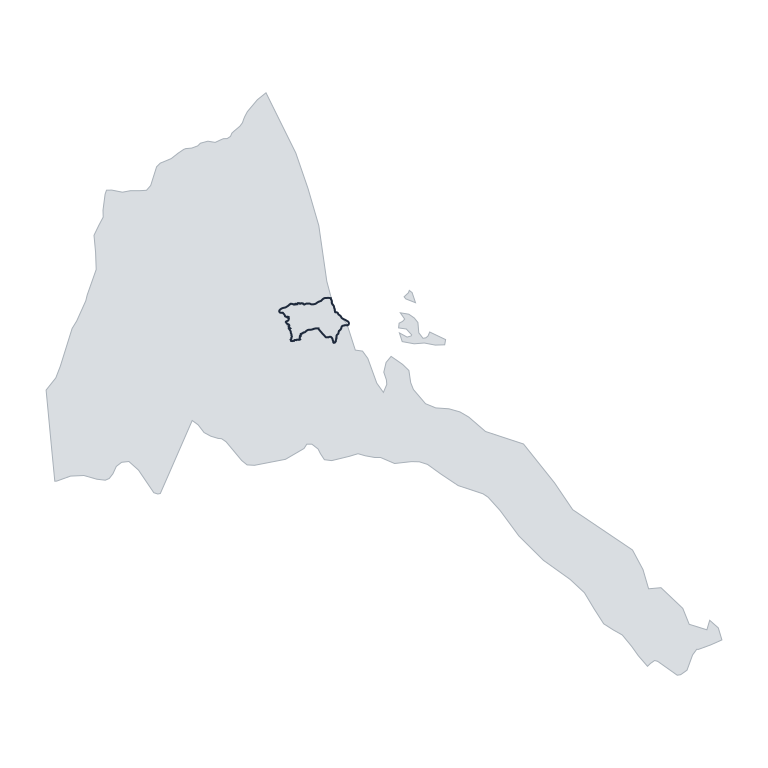 Shieb, Semenawi Keyih Bahri, Eritrea shown in context
{"feature_id": "51966322B10496032300276", "entity_name": "Shieb", "entity_type": "district", "adm_level": 2, "iso_a3": "ERI", "parent_name": "Eritrea", "parent_adm1": "Semenawi Keyih Bahri", "projection": "orthographic", "projection_center": [39.092, 15.818], "detail": "fine", "context": "in_parent", "style": "outline", "palette": "slate", "viewbox_px": 768, "rotation_deg": 0, "n_neighbors": 0, "source": "geoboundaries", "source_scale": "gbopen_adm2", "svg_char_len": 7837}
<svg xmlns="http://www.w3.org/2000/svg" viewBox="0 0 768 768"><path d="M54.8,481.2L51.9,451.3L50.0,431.3L48.0,410.1L46.1,390.1L55.8,377.9L60.3,366.3L72.1,328.5L76.7,321.0L85.8,300.8L87.2,295.0L96.2,269.5L95.6,252.5L94.0,235.3L98.9,225.2L103.2,217.1L103.0,210.2L105.1,194.2L106.5,190.2L111.8,190.1L122.5,192.2L130.4,190.7L139.5,190.7L146.5,190.3L150.7,185.5L156.6,166.8L160.3,163.1L163.1,162.0L171.2,158.6L178.1,153.2L183.7,149.4L185.8,148.6L191.7,148.1L197.7,145.9L200.4,143.2L207.9,141.2L215.2,142.4L220.1,140.1L223.4,138.7L227.1,138.6L230.5,136.4L231.9,133.1L234.2,131.0L239.9,126.2L242.5,122.7L243.7,119.1L244.9,116.3L247.4,111.6L257.4,99.7L266.0,92.8L295.8,153.0L308.0,188.5L318.8,225.6L326.8,281.3L334.4,309.7L346.8,323.6L355.3,350.1L362.5,351.1L367.8,358.4L376.8,383.2L383.4,392.4L386.8,384.4L386.4,379.9L383.8,372.2L386.1,362.4L391.1,356.4L402.6,364.4L408.9,370.5L410.7,382.7L413.4,389.5L425.5,403.7L435.7,407.9L448.9,408.8L459.9,411.9L468.8,417.1L485.5,431.5L523.5,444.0L554.5,482.8L572.7,509.7L632.5,550.0L643.0,569.6L648.6,588.8L661.0,587.7L682.8,608.4L689.2,624.3L706.9,629.8L709.7,620.3L718.3,627.9L721.9,639.9L710.7,644.9L698.4,649.4L696.7,649.3L692.6,654.9L687.0,670.2L680.6,674.7L677.2,675.2L657.6,661.3L654.6,660.5L650.5,663.4L647.5,666.3L638.3,655.7L631.6,646.3L622.3,635.0L613.4,630.0L603.7,623.8L594.2,609.0L584.4,592.7L570.1,579.4L543.4,560.3L518.9,536.0L500.1,510.5L488.1,497.2L483.0,493.8L458.2,485.6L440.8,474.0L427.5,464.4L419.4,461.8L411.5,461.6L394.6,463.5L380.6,457.5L374.8,457.5L365.4,455.8L358.0,453.7L349.4,456.3L331.7,460.6L324.4,459.7L320.4,453.6L318.1,449.0L311.9,444.2L306.8,444.2L304.0,448.5L285.5,459.3L254.5,465.3L247.1,464.9L241.7,460.5L226.1,441.8L221.6,438.7L218.1,438.4L210.8,436.2L204.1,432.6L198.2,424.9L192.2,420.5L185.7,435.4L174.3,461.5L168.2,475.5L160.3,493.5L157.8,494.0L153.8,492.7L138.5,470.1L128.9,461.5L121.6,462.3L116.3,466.4L112.9,473.8L109.2,478.5L105.3,480.2L96.8,479.2L83.9,475.5L70.5,476.1L56.7,481.1L54.8,481.2ZM418.8,332.8L423.0,338.3L425.9,337.8L428.1,335.9L429.7,332.0L445.6,339.6L444.7,344.8L435.3,345.1L424.3,343.0L414.2,343.8L402.2,341.6L399.4,332.9L407.1,337.1L411.0,336.0L411.7,334.9L406.3,329.0L398.6,327.9L399.1,323.2L402.6,321.4L404.7,319.1L400.3,312.8L408.8,314.2L414.3,318.0L417.9,322.5L418.8,332.8ZM412.1,292.6L415.5,302.7L405.8,298.9L404.1,296.8L408.4,292.8L409.3,290.4L412.1,292.6Z" fill="#d9dde1" stroke="#a8b0b8" stroke-width="1"/><path d="M291.0,340.9L291.3,341.0L292.3,341.1L293.4,340.9L294.0,340.9L294.2,340.3L294.7,340.0L295.5,340.0L296.1,340.1L296.4,340.1L296.8,339.7L297.0,339.6L298.4,339.8L299.3,339.8L299.6,339.6L299.9,339.6L300.0,339.5L299.8,339.4L299.8,339.2L299.5,339.1L299.7,338.9L299.7,338.7L299.6,338.4L299.8,338.1L299.8,337.9L299.8,337.6L299.9,337.2L300.1,336.9L299.9,336.8L300.0,336.6L300.3,336.5L300.4,336.4L299.9,336.1L299.9,335.9L300.0,335.7L300.3,335.3L300.6,335.2L300.9,335.0L301.0,334.9L300.9,334.6L300.8,334.3L300.8,333.9L301.2,333.8L301.4,333.8L301.7,333.6L302.0,333.4L302.2,333.5L302.5,333.4L302.8,333.2L303.0,332.8L303.4,332.5L303.8,332.4L304.0,332.4L304.5,332.4L304.9,332.2L305.3,331.9L306.0,331.2L306.5,330.8L307.1,330.4L307.8,330.0L308.2,329.9L309.1,329.7L309.6,329.8L310.1,329.8L311.6,329.6L312.1,329.5L312.6,329.3L313.4,329.1L313.5,328.9L314.1,328.8L314.4,328.7L315.3,328.5L315.8,328.4L316.7,328.4L318.5,328.4L318.5,328.8L318.8,329.3L320.3,331.1L320.6,331.5L321.3,332.2L322.3,333.5L322.6,333.8L323.1,334.3L323.5,334.7L323.7,334.9L323.9,335.1L324.2,335.4L324.8,336.1L325.1,336.5L325.8,337.2L326.0,337.3L326.6,337.3L327.4,337.2L327.8,337.3L328.5,337.3L329.1,336.9L329.9,336.8L330.2,336.8L330.9,336.9L331.4,337.3L331.6,337.6L331.7,337.8L332.1,338.1L332.2,338.3L332.6,339.3L332.7,340.1L332.8,340.3L333.0,340.7L333.1,340.9L333.1,341.1L333.2,341.6L333.3,342.4L333.7,342.6L333.8,342.8L334.0,342.8L334.8,342.6L335.1,342.3L335.1,342.0L335.5,341.6L335.8,341.4L335.8,341.2L335.7,341.1L335.7,340.8L335.8,340.4L336.0,340.0L336.2,339.1L336.1,338.9L336.2,338.7L336.5,338.2L336.3,337.8L336.4,337.5L336.5,337.4L336.6,337.0L336.6,336.9L336.5,336.5L336.6,336.0L336.5,335.9L336.6,335.5L336.9,335.0L337.1,334.7L337.8,334.2L338.3,333.7L338.4,333.3L338.7,331.7L339.0,331.1L339.0,330.9L339.5,330.6L339.8,330.2L340.1,330.0L340.7,329.4L340.9,328.9L341.2,328.5L341.5,327.1L341.9,326.3L342.2,326.1L342.9,325.7L343.9,325.5L344.2,325.5L344.8,325.2L345.4,325.2L345.9,325.2L347.6,325.3L347.8,325.0L348.1,324.8L348.4,324.7L348.5,324.7L348.8,324.0L348.9,323.6L348.9,323.3L348.8,322.7L348.6,322.3L348.3,321.9L348.1,321.6L347.7,321.3L346.9,320.9L345.8,320.2L345.1,319.8L344.3,319.5L342.8,318.7L342.0,318.2L341.4,317.6L341.3,317.3L341.2,317.0L341.1,316.8L341.0,316.6L340.9,316.4L340.5,316.0L340.0,315.5L338.8,314.7L338.4,314.4L338.0,313.5L338.0,313.4L337.9,313.1L337.5,312.7L337.1,312.5L336.9,312.4L335.4,312.3L335.3,312.2L335.1,312.0L335.0,311.9L335.0,311.6L335.0,311.4L334.9,310.8L334.8,310.5L334.7,310.2L334.7,309.8L334.8,309.6L334.8,309.3L334.7,309.0L334.3,308.2L334.2,307.9L334.1,307.1L333.9,306.3L333.6,305.6L333.4,305.4L333.1,305.1L332.9,304.7L332.6,304.6L332.3,304.1L332.2,303.9L332.0,303.5L331.9,303.4L331.9,302.7L331.7,302.3L331.7,302.0L331.8,301.7L331.9,301.2L331.7,300.8L331.4,300.0L331.2,299.5L331.0,299.3L330.8,298.1L330.1,298.1L328.7,297.9L327.6,297.9L326.5,298.0L325.8,298.0L325.2,298.0L324.6,298.1L324.0,298.3L323.7,298.6L323.2,298.8L322.5,299.4L322.4,299.5L322.1,299.8L321.5,300.4L321.2,300.8L320.9,301.0L320.3,301.1L319.5,301.5L319.1,301.5L318.7,301.8L317.6,302.3L317.2,302.6L316.2,303.4L315.8,303.6L315.6,303.7L315.2,303.9L314.9,304.0L313.4,304.3L312.6,304.3L311.2,304.3L310.5,304.0L310.0,303.7L309.7,303.6L309.0,303.5L307.8,303.7L307.4,303.6L307.2,303.5L306.9,303.5L306.1,303.7L305.8,303.9L304.8,304.3L304.5,304.3L304.4,304.5L303.8,304.4L303.6,304.0L303.3,303.6L302.8,303.6L302.4,303.4L302.2,303.3L302.1,303.5L301.6,303.3L301.1,303.4L300.8,303.3L300.7,303.3L300.3,303.6L300.2,303.4L299.7,303.4L299.5,303.5L299.1,303.5L298.7,303.3L298.7,303.1L298.3,303.1L297.8,303.1L297.6,303.2L297.5,303.5L297.2,303.7L297.2,303.9L297.2,304.1L296.8,304.0L296.6,304.2L296.4,304.1L296.2,304.3L295.7,304.3L295.5,304.2L295.5,303.9L295.3,303.8L295.1,304.0L294.9,304.3L294.8,304.2L294.6,304.2L294.3,304.4L294.1,304.4L294.1,304.5L293.9,304.6L293.7,304.5L293.6,304.3L293.5,304.2L292.9,304.2L292.2,303.9L291.5,303.9L291.3,303.8L291.1,303.8L290.9,303.7L290.7,303.8L290.7,304.0L290.4,304.2L290.2,304.2L290.0,304.3L289.8,304.3L289.5,304.5L289.2,304.9L288.0,305.9L285.6,307.4L282.9,308.0L282.2,308.3L281.4,308.6L280.8,309.1L280.4,309.3L280.0,309.8L279.6,310.1L279.3,310.7L279.2,311.2L279.3,311.7L279.5,312.0L280.2,312.7L281.6,312.8L282.1,312.8L282.7,312.7L282.8,312.8L283.0,312.9L283.3,313.4L283.8,313.9L284.2,314.3L285.0,315.7L285.1,316.1L285.1,316.3L285.8,316.7L286.3,316.8L286.6,316.8L286.9,317.1L287.0,317.2L287.4,316.8L287.5,316.7L288.1,316.8L288.4,316.9L288.6,317.0L288.4,317.4L288.4,317.7L288.4,317.9L288.4,318.0L288.5,318.0L288.8,318.1L288.9,318.3L288.7,319.4L288.4,320.2L288.3,320.4L287.7,320.8L287.4,320.9L287.2,321.0L286.1,321.5L285.9,321.7L285.8,322.0L286.2,322.4L286.3,322.6L286.5,323.1L286.6,323.3L287.5,323.9L287.6,324.4L287.8,324.4L288.4,324.3L288.5,324.3L288.9,324.6L289.0,325.0L289.3,325.3L289.3,325.8L289.3,326.0L289.2,326.1L288.8,326.5L288.6,326.6L288.6,326.9L288.7,327.1L289.1,327.4L289.4,327.9L290.2,328.2L290.3,328.3L290.1,328.4L289.7,328.5L289.5,328.4L289.3,328.6L289.0,328.6L288.9,328.7L289.0,328.8L289.2,329.0L289.4,329.3L289.7,329.5L289.8,329.6L289.8,329.8L289.9,330.2L290.3,330.7L290.5,331.0L290.7,331.4L290.8,332.0L290.8,332.8L290.8,333.0L291.1,333.5L291.5,334.3L291.5,334.6L291.4,335.1L291.4,335.4L291.5,335.6L291.7,335.9L291.8,336.1L291.9,336.4L291.8,336.6L291.8,336.9L291.4,337.5L291.3,337.8L291.3,338.0L291.4,338.8L291.3,339.0L291.1,339.2L290.6,339.6L290.7,339.8L290.8,339.9L291.0,340.9Z" fill="none" stroke="#1e293b" stroke-width="2"/></svg>